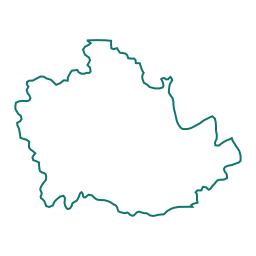 Iwye, Grodno, Belarus (orthographic projection)
{"feature_id": "67162791B89656925241953", "entity_name": "Iwye", "entity_type": "district", "adm_level": 2, "iso_a3": "BLR", "parent_name": "Belarus", "parent_adm1": "Grodno", "projection": "orthographic", "projection_center": [25.918, 54.018], "detail": "fine", "context": "isolated", "style": "outline", "palette": "teal", "viewbox_px": 256, "rotation_deg": 0, "n_neighbors": 0, "source": "geoboundaries", "source_scale": "gbopen_adm2", "svg_char_len": 3445}
<svg xmlns="http://www.w3.org/2000/svg" viewBox="0 0 256 256"><path d="M86.8,40.4L87.8,40.8L90.7,43.2L88.6,44.9L85.1,46.7L83.0,49.6L84.9,54.6L89.2,57.7L90.0,60.6L87.5,65.1L90.0,67.6L90.6,71.5L89.4,72.9L86.7,72.9L84.4,73.7L81.5,73.7L78.6,72.3L77.4,70.0L72.0,70.6L70.4,72.7L67.9,77.4L67.7,80.7L63.8,80.3L60.2,83.2L56.1,84.8L53.0,81.7L51.0,79.8L46.4,78.4L43.9,76.7L41.1,76.5L40.5,76.5L32.7,80.6L29.1,80.7L27.0,82.0L26.9,84.6L28.5,86.6L27.8,87.9L26.6,90.2L27.7,93.3L29.5,95.6L30.4,97.9L29.8,99.8L27.9,101.0L25.4,101.1L22.5,100.9L19.1,101.3L16.0,102.6L15.4,105.7L15.4,109.1L17.1,112.0L18.4,114.0L20.7,115.7L21.6,119.0L20.1,121.3L17.2,122.8L17.4,125.5L18.9,128.4L20.0,134.0L20.4,137.8L23.4,138.8L26.7,139.8L29.2,141.7L29.0,145.2L29.0,147.5L30.5,149.4L33.2,151.4L35.3,153.3L33.7,155.2L32.4,157.3L33.3,160.2L35.8,161.0L39.1,162.6L39.0,165.3L39.3,167.3L39.5,169.5L40.0,171.1L41.9,172.4L44.2,173.1L45.6,174.0L46.1,175.7L46.2,177.8L45.8,180.1L44.3,181.9L42.4,184.4L41.0,186.8L40.2,189.2L40.8,191.1L41.6,192.7L41.6,194.2L40.6,196.5L41.0,198.2L42.6,199.2L44.3,201.2L45.2,203.2L45.7,204.6L46.1,206.0L49.2,207.0L52.9,205.4L53.9,202.8L55.4,200.6L57.6,198.6L60.0,196.6L63.4,195.8L64.9,197.8L64.8,200.3L64.5,202.8L65.1,205.7L66.5,208.2L68.0,209.1L70.2,208.2L71.9,205.5L71.9,204.3L72.9,202.8L74.5,202.0L76.7,200.6L77.8,199.0L78.9,196.6L80.0,193.5L81.5,192.2L82.6,193.5L83.2,196.5L84.0,197.4L85.4,197.4L87.3,195.6L88.8,194.7L92.0,195.4L93.7,197.1L96.1,199.1L98.3,199.9L101.7,200.1L104.5,200.2L107.8,201.1L110.3,202.1L112.3,203.5L113.7,204.5L115.2,204.9L117.1,207.1L117.6,209.2L118.3,211.1L120.2,212.2L121.4,212.4L124.0,213.1L125.5,213.1L127.1,212.5L128.5,213.1L130.1,214.8L132.4,215.8L133.9,215.3L135.6,213.7L136.7,212.5L138.8,211.6L142.3,212.7L144.2,213.2L146.3,213.2L148.0,214.0L149.9,215.3L152.5,215.9L154.3,215.8L156.0,215.4L157.8,214.9L162.0,214.4L163.7,214.4L165.0,213.3L166.1,212.1L167.5,210.8L169.5,209.8L171.0,208.8L174.0,207.8L176.6,207.3L179.0,206.9L181.6,206.9L184.5,206.8L187.6,206.8L192.4,206.8L191.2,205.2L192.9,203.9L197.5,202.7L197.0,199.8L197.0,196.4L196.8,193.7L195.6,192.3L197.4,190.4L199.7,190.4L201.4,190.4L201.8,189.1L203.1,186.8L206.5,187.5L208.5,189.7L210.1,189.1L212.8,185.5L214.4,184.0L215.9,182.0L217.6,180.3L219.4,179.8L222.2,179.7L224.2,179.5L227.1,178.1L227.1,177.9L227.0,175.6L226.4,173.8L224.5,171.1L223.9,168.9L225.1,167.0L228.0,165.7L231.7,165.1L234.4,164.0L238.8,162.5L240.6,160.7L240.6,155.9L239.3,150.9L237.2,147.8L234.7,143.9L232.6,140.6L231.8,138.1L228.9,139.6L226.6,140.4L223.9,141.9L221.0,143.8L219.0,145.5L217.1,145.5L215.4,145.3L215.0,142.8L215.6,140.9L216.7,138.8L216.8,134.9L216.0,130.6L216.0,126.0L215.7,122.1L214.9,118.6L212.4,116.3L210.3,117.1L207.0,118.8L203.9,120.3L199.8,123.4L194.8,126.1L191.1,128.0L187.6,129.0L182.8,129.1L180.8,127.8L178.7,125.1L177.0,121.6L176.0,117.3L175.1,113.4L173.9,108.6L173.4,104.1L173.4,101.8L172.4,97.9L170.5,95.4L168.9,92.7L168.9,90.4L169.3,86.9L169.9,84.0L172.3,80.1L171.3,78.0L170.3,77.0L168.0,79.3L165.9,79.3L164.1,77.9L162.6,78.3L161.2,79.1L162.8,82.2L163.5,85.5L162.7,87.4L159.8,88.4L154.8,88.4L149.6,87.0L147.2,84.7L143.9,82.8L142.4,78.7L142.2,76.2L143.4,73.1L143.7,72.8L142.5,71.1L141.1,67.5L140.3,65.2L139.8,63.2L137.9,63.2L135.8,63.1L135.6,60.2L134.0,58.5L131.7,58.6L128.3,58.3L127.1,55.0L125.2,53.5L123.1,53.1L119.9,52.7L118.3,50.4L117.0,48.1L113.8,49.2L111.4,48.3L111.1,45.3L111.1,40.8L105.0,40.3L96.9,40.1L86.8,40.4Z" fill="none" stroke="#0f766e" stroke-width="2"/></svg>